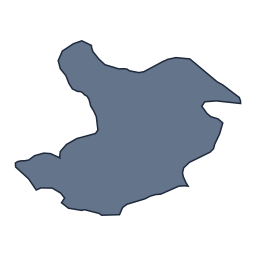 an SVG outline of Qazvin
{"feature_id": "IRN-3235", "entity_name": "Qazvin", "entity_type": "Province", "adm_level": 1, "iso_a3": "IRN", "parent_name": "Iran", "parent_adm1": "", "projection": "natural_earth1", "projection_center": [49.608, 36.125], "detail": "fine", "context": "isolated", "style": "filled", "palette": "slate", "viewbox_px": 256, "rotation_deg": 0, "n_neighbors": 0, "source": "natural_earth", "source_scale": "10m", "svg_char_len": 1165}
<svg xmlns="http://www.w3.org/2000/svg" viewBox="0 0 256 256"><path d="M81.8,40.8L91.4,45.4L91.6,47.6L92.9,51.6L98.7,58.9L104.9,64.7L118.9,68.9L124.1,68.7L127.2,69.2L129.4,70.8L138.9,72.6L143.9,71.7L163.1,61.4L165.2,60.6L167.5,59.4L175.9,57.6L189.8,58.9L217.1,81.8L222.7,84.9L239.3,97.5L240.5,100.9L240.6,103.5L216.3,100.9L204.7,101.8L201.8,106.3L207.0,113.5L210.8,116.7L218.1,118.9L222.8,123.0L219.6,133.9L214.7,144.2L213.5,148.8L210.0,152.2L189.3,162.4L183.7,167.8L182.5,172.8L183.3,176.7L185.9,182.5L188.1,186.2L185.1,185.8L179.0,186.1L160.6,194.2L155.9,194.5L150.3,196.1L145.0,198.8L126.9,204.3L122.6,207.5L119.5,214.7L101.6,215.2L99.0,213.4L84.5,209.7L81.6,210.4L68.5,208.2L61.5,202.8L64.6,198.0L60.7,193.1L52.2,188.1L41.0,187.9L36.2,190.0L28.6,178.8L15.6,167.0L15.4,163.0L17.5,161.6L20.7,160.9L25.1,160.7L28.8,160.0L34.5,155.7L43.8,153.1L50.5,153.6L59.9,157.9L59.7,156.5L60.3,151.5L66.5,144.4L76.9,138.5L95.5,133.5L97.9,130.0L96.3,116.6L93.9,111.3L90.7,106.0L89.1,99.7L87.2,96.3L84.5,94.8L82.6,92.7L80.6,91.6L77.5,91.4L72.4,88.9L69.1,83.7L65.8,75.5L60.3,68.7L58.2,60.6L62.4,51.0L73.5,43.7L81.8,40.8Z" fill="#64748b" stroke="#1e293b" stroke-width="1.5"/></svg>